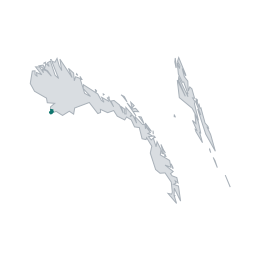 location of Halden nor, Østfold, Norway, rotated 69°
{"feature_id": "86288312B70342807980905", "entity_name": "Halden nor", "entity_type": "district", "adm_level": 2, "iso_a3": "NOR", "parent_name": "Norway", "parent_adm1": "Østfold", "projection": "equal_earth", "projection_center": [11.486, 59.068], "detail": "fine", "context": "in_parent", "style": "filled", "palette": "teal", "viewbox_px": 256, "rotation_deg": 69, "n_neighbors": 0, "source": "geoboundaries", "source_scale": "gbopen_adm2", "svg_char_len": 4500}
<svg xmlns="http://www.w3.org/2000/svg" viewBox="0 0 256 256"><g transform="rotate(69 128 128)"><path d="M153.5,112.3L143.7,114.1L145.3,115.3L143.1,118.7L131.6,117.3L129.3,121.5L121.6,122.0L117.2,125.4L119.3,128.2L113.1,133.8L106.6,135.1L106.4,141.5L100.7,147.1L103.7,148.0L103.7,151.0L90.3,155.0L90.2,170.6L95.6,173.8L91.3,176.8L92.8,184.6L86.8,189.1L86.5,195.1L80.5,192.7L78.7,187.6L75.5,194.3L70.9,193.4L60.2,202.1L51.4,203.3L40.5,196.9L41.3,194.3L44.9,195.6L46.9,194.4L43.4,193.5L47.4,189.4L37.8,192.4L39.3,188.7L46.1,187.1L42.6,186.7L45.7,183.4L52.2,181.0L45.9,182.5L38.1,188.7L38.8,184.7L42.4,184.4L38.4,181.6L42.3,179.5L38.3,179.9L37.7,176.5L52.6,177.2L56.9,175.0L38.5,175.2L40.4,172.6L37.6,169.3L45.5,170.0L50.7,169.3L39.3,166.9L60.9,162.1L51.0,162.2L57.2,159.1L64.7,161.2L61.4,158.6L64.5,155.0L80.1,156.1L85.1,151.7L75.1,155.7L71.6,154.1L85.4,144.0L92.5,143.0L95.4,141.2L89.9,141.6L96.1,136.4L94.4,135.3L103.1,133.8L96.7,134.3L97.3,131.2L103.4,127.7L112.4,127.1L105.7,126.6L109.2,124.3L113.6,126.0L114.2,124.7L108.0,122.6L116.1,119.6L118.3,122.1L117.5,119.0L126.6,118.2L119.5,117.5L130.0,113.1L130.9,111.0L135.0,112.0L133.3,110.8L140.3,108.7L140.2,111.3L144.5,107.8L143.4,111.9L147.5,110.6L146.5,108.0L155.6,108.5L151.2,105.8L159.9,104.9L164.7,107.5L173.2,100.8L180.1,102.0L175.9,106.7L184.8,101.4L185.9,104.7L188.4,104.0L191.8,100.2L197.2,101.0L194.3,102.9L196.8,103.0L196.8,105.7L200.3,101.7L215.1,105.1L200.8,106.4L207.4,109.1L215.8,109.7L203.4,114.1L205.4,111.0L203.8,109.6L194.0,107.0L183.2,109.5L181.7,114.3L176.7,117.1L159.4,116.2L153.5,112.3ZM114.3,54.3L124.0,55.2L123.1,56.9L127.5,56.0L129.3,57.3L146.2,59.5L132.6,61.0L118.0,69.2L100.9,64.8L118.9,63.1L101.5,63.7L98.9,62.5L120.4,60.8L115.9,60.5L117.9,59.8L105.0,59.5L104.8,60.8L95.6,61.6L84.6,58.6L91.0,58.6L88.3,57.2L83.6,57.9L80.4,55.4L98.8,55.0L100.2,55.4L91.9,56.1L100.4,57.0L105.7,55.4L115.1,58.5L111.8,55.6L114.3,54.3ZM135.3,52.7L151.0,54.3L155.2,52.8L157.0,52.9L155.9,53.8L163.7,53.2L181.0,54.8L161.6,57.6L138.1,56.4L135.3,56.1L142.0,55.4L129.4,55.4L126.5,54.8L130.1,54.4L124.4,54.0L133.1,54.1L132.0,53.3L135.5,53.7L135.3,52.7ZM147.6,60.1L159.2,62.0L157.2,62.7L168.4,63.7L155.7,65.9L153.4,65.7L154.8,64.6L144.0,65.1L148.2,63.0L139.1,60.6L147.6,60.1ZM114.4,117.3L119.6,116.2L104.2,119.9L112.0,116.9L112.3,113.9L116.6,112.3L114.4,117.3ZM122.5,111.7L129.7,111.5L121.3,113.7L122.5,111.7ZM129.5,110.1L139.6,107.3L134.4,110.2L129.5,110.1ZM79.6,58.8L87.4,60.7L89.2,61.6L83.1,60.6L79.6,58.8ZM109.3,114.2L110.7,116.9L104.9,116.2L109.3,114.2ZM164.6,102.0L160.8,103.8L155.1,103.1L161.5,102.7L164.6,102.0ZM165.5,103.3L163.9,105.4L161.5,104.8L165.5,103.3ZM97.7,120.1L103.3,119.5L97.2,121.3L97.7,120.1ZM219.3,53.8L206.8,54.1L219.8,53.7L219.3,53.8ZM189.7,58.5L197.0,58.8L186.0,59.0L189.7,58.5ZM176.8,100.6L180.9,100.2L182.3,100.6L176.8,100.6ZM168.1,102.8L167.4,103.9L166.2,102.9L168.1,102.8ZM146.5,105.9L146.5,107.0L144.9,106.6L146.5,105.9ZM134.5,79.9L134.0,80.8L132.0,80.0L134.5,79.9ZM180.7,59.6L177.3,59.6L177.0,59.3L180.7,59.6ZM82.1,144.0L83.2,145.1L80.1,144.8L82.1,144.0ZM139.4,105.6L141.6,106.1L142.8,106.7L139.4,105.6ZM126.6,53.2L128.1,53.6L125.8,53.4L126.6,53.2ZM66.0,154.1L62.5,154.3L66.2,153.6L66.0,154.1ZM60.9,156.0L59.5,157.0L58.9,156.5L60.9,156.0ZM96.4,121.6L94.5,122.6L96.5,120.9L96.4,121.6ZM37.7,182.1L37.3,183.8L37.1,181.6L37.7,182.1ZM92.9,135.5L92.1,134.7L93.2,134.7L92.9,135.5ZM208.2,108.0L207.9,109.0L207.7,108.8L208.2,108.0ZM93.9,136.3L91.9,136.5L94.4,136.1L93.9,136.3ZM88.1,138.3L88.3,139.2L87.3,138.9L88.1,138.3ZM37.1,175.1L36.2,176.1L36.5,175.2L37.1,175.1Z" fill="#d9dde1" stroke="#a8b0b8" stroke-width="1"/><path d="M85.9,192.1L85.7,192.1L85.4,192.2L85.2,192.1L85.0,192.3L84.9,192.2L84.7,192.3L84.7,192.2L84.4,192.2L84.2,192.1L84.2,192.3L83.9,192.5L83.7,192.7L83.7,192.8L83.5,193.0L83.4,193.2L83.4,193.3L83.2,193.4L83.2,193.5L83.3,193.6L83.5,193.6L83.8,193.5L83.9,193.4L84.0,193.4L83.9,193.4L84.0,193.4L84.3,193.3L84.5,193.3L84.5,193.5L84.7,193.8L84.7,193.7L84.8,193.7L84.8,193.8L84.7,193.8L84.8,193.9L84.8,194.0L85.0,194.1L85.0,194.3L85.2,194.5L85.3,194.5L85.2,194.6L85.1,194.8L85.2,195.0L85.1,195.3L85.3,195.4L85.5,195.5L85.7,195.4L85.8,195.4L86.0,195.4L86.4,195.2L86.6,195.2L86.8,195.0L86.7,194.9L86.8,194.9L86.8,194.7L86.9,194.4L87.0,194.3L87.0,194.1L86.9,194.0L86.8,193.9L86.7,193.9L86.8,193.8L86.8,193.6L86.6,193.4L86.4,193.2L86.5,193.1L86.4,193.0L86.3,192.8L86.2,192.8L86.2,192.7L86.0,192.4L85.9,192.3L85.9,192.2L86.0,192.2L85.9,192.2L85.9,192.1Z" fill="#14b8a6" stroke="#0f766e" stroke-width="1.5"/></g></svg>